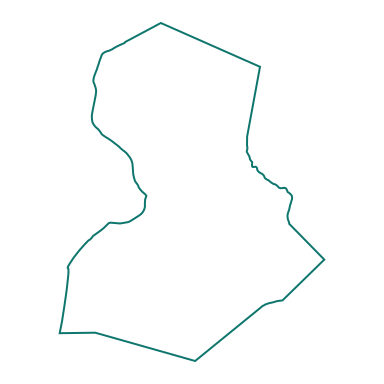 the district of Proteccion, Santa Bárbara, Honduras
{"feature_id": "27666195B44112403281075", "entity_name": "Proteccion", "entity_type": "district", "adm_level": 2, "iso_a3": "HND", "parent_name": "Honduras", "parent_adm1": "Santa Bárbara", "projection": "mercator", "projection_center": [-88.617, 15.083], "detail": "fine", "context": "isolated", "style": "outline", "palette": "teal", "viewbox_px": 384, "rotation_deg": 0, "n_neighbors": 0, "source": "geoboundaries", "source_scale": "gbopen_adm2", "svg_char_len": 5801}
<svg xmlns="http://www.w3.org/2000/svg" viewBox="0 0 384 384"><path d="M66.6,290.4L65.9,295.5L64.1,308.0L63.0,314.9L62.2,320.1L62.1,321.0L61.1,325.9L60.2,330.7L59.7,333.2L95.2,332.7L195.1,361.0L260.3,307.9L262.7,305.9L264.1,305.3L264.7,304.8L266.1,304.2L267.5,303.7L269.1,303.2L270.9,302.8L272.1,302.5L272.8,302.4L274.2,302.0L275.1,301.7L276.0,301.4L277.4,301.1L278.7,300.9L282.5,300.4L324.3,259.6L289.2,223.8L289.2,223.1L289.2,222.9L288.8,221.6L288.6,221.2L288.3,220.4L288.1,219.9L288.0,219.3L287.7,218.4L287.6,217.6L287.6,216.9L287.5,216.1L287.5,215.5L287.6,215.0L287.7,214.6L287.7,214.3L287.9,213.4L288.3,212.2L288.5,211.5L289.0,210.0L289.2,209.5L289.4,208.6L289.7,207.2L289.8,206.6L289.9,205.9L290.1,205.4L290.2,204.7L290.6,203.8L290.8,203.2L291.5,200.7L291.9,199.5L292.0,199.2L292.0,198.8L292.1,198.4L292.1,197.7L292.1,197.3L292.0,196.9L291.9,196.4L291.8,195.9L291.6,195.5L291.3,195.0L291.0,194.6L290.6,194.3L290.2,193.8L289.6,193.4L289.1,192.9L288.8,192.7L288.4,192.5L288.1,192.3L287.9,192.2L287.7,192.0L286.5,189.2L286.4,189.0L286.2,188.8L286.0,188.6L285.8,188.3L285.7,188.2L285.4,188.1L285.1,188.0L284.8,187.9L284.4,187.9L283.9,187.9L283.3,188.0L282.9,188.0L282.1,188.1L281.6,188.2L281.0,188.2L280.5,188.2L280.2,188.1L279.8,188.0L279.5,187.9L279.1,187.7L278.8,187.5L278.5,187.2L277.8,186.4L277.3,185.9L276.7,185.4L276.0,184.8L275.4,184.5L275.0,184.3L274.6,184.2L274.0,184.1L273.8,184.1L273.6,184.0L273.3,183.8L271.9,183.0L270.4,181.9L269.7,181.3L269.0,180.7L268.5,180.3L268.1,180.1L267.4,179.8L266.8,179.5L266.1,179.0L265.6,178.7L265.4,178.6L265.3,178.4L265.1,178.2L264.7,177.6L264.5,177.1L264.2,176.4L264.0,175.9L263.7,175.5L263.5,175.2L262.9,174.6L262.4,174.1L262.1,173.9L261.8,173.7L261.2,173.5L260.8,173.2L260.2,172.9L259.5,172.4L259.0,172.1L258.8,171.9L258.5,171.6L258.0,171.0L257.5,170.3L257.4,170.2L257.3,169.8L257.2,169.6L257.2,169.2L257.2,168.8L257.1,168.5L257.0,168.2L256.9,168.0L256.7,167.6L256.4,167.3L256.2,167.0L256.0,166.9L255.8,166.8L255.2,166.8L254.1,166.8L253.3,167.0L252.9,167.0L252.6,166.9L252.4,166.7L252.2,166.5L252.1,166.2L252.0,165.4L252.0,165.2L252.2,162.5L252.2,162.2L252.1,161.9L251.5,161.4L251.3,161.2L251.1,160.9L250.9,160.6L250.5,160.1L250.1,159.4L250.0,159.1L249.9,158.8L249.8,158.5L249.7,157.9L249.6,157.4L249.3,156.3L249.1,156.0L248.6,155.1L246.9,152.0L246.8,151.8L246.8,151.6L246.8,151.4L246.8,151.2L246.9,150.7L247.0,150.2L247.2,149.8L247.3,149.0L247.3,148.5L247.4,147.4L247.3,147.2L247.3,146.9L247.2,146.6L247.1,145.9L247.0,144.5L247.1,139.7L247.1,136.7L260.0,66.8L160.8,23.0L125.2,42.0L125.0,42.3L124.9,42.5L124.7,42.7L124.6,42.8L124.4,43.0L123.9,43.3L123.2,43.6L121.9,44.1L121.5,44.3L119.1,45.4L116.4,46.7L115.4,47.3L114.2,48.0L113.6,48.3L112.9,48.8L112.6,49.1L112.0,49.4L111.2,49.7L110.2,50.2L109.3,50.6L108.5,50.9L107.2,51.2L106.6,51.4L105.9,51.7L105.2,52.0L104.6,52.3L103.7,52.9L103.3,53.1L103.0,53.4L102.8,53.6L102.5,53.8L102.4,54.1L102.2,54.3L102.0,54.6L101.8,54.9L101.0,57.0L100.3,58.9L99.6,60.8L98.7,63.8L97.3,67.9L96.8,69.5L96.3,70.8L95.3,73.3L94.9,74.4L94.4,75.8L93.9,77.4L93.8,77.9L93.6,78.6L93.5,79.5L93.4,80.1L93.4,80.7L93.4,81.3L93.5,81.8L93.6,82.2L93.8,82.8L94.4,84.1L94.7,85.0L95.0,86.1L95.5,87.4L95.7,88.2L95.9,89.0L96.0,89.8L96.1,90.7L96.1,91.5L96.0,92.6L95.9,93.7L95.8,94.4L95.5,96.3L95.1,98.2L94.7,100.4L93.5,106.3L92.5,111.4L92.3,112.7L92.1,113.7L91.9,115.0L91.9,115.6L91.8,116.5L91.9,117.3L91.9,118.4L92.0,119.5L92.1,120.2L92.3,121.2L92.4,121.8L92.5,122.3L92.7,122.7L92.9,123.0L93.1,123.6L93.3,123.9L93.7,124.5L94.0,125.0L94.3,125.4L94.7,125.9L95.1,126.4L95.6,127.0L96.2,127.5L96.9,128.2L97.7,128.8L98.0,129.1L98.3,129.4L98.8,129.9L99.6,131.0L100.3,131.9L100.7,132.5L101.2,133.3L101.4,133.6L101.6,134.0L102.0,134.4L102.3,134.7L103.1,135.3L103.9,135.8L104.5,136.3L105.9,137.2L107.9,138.4L108.9,139.0L110.3,140.0L111.9,141.1L115.1,143.6L117.8,145.7L119.1,146.7L119.5,147.1L119.9,147.6L120.1,147.8L120.9,148.5L121.7,149.2L122.8,150.2L123.4,150.6L124.5,151.4L125.3,152.1L125.8,152.5L126.2,152.9L126.6,153.3L127.6,154.5L128.8,156.0L129.7,157.2L130.2,158.1L130.7,158.8L130.9,159.3L131.3,160.0L131.5,160.6L131.7,161.1L131.9,161.7L132.1,162.4L132.3,163.0L132.4,163.6L132.5,164.2L132.9,169.3L133.2,173.7L133.3,174.3L133.3,174.8L133.6,175.9L134.0,177.7L134.4,179.0L134.7,180.2L134.9,180.7L135.1,181.1L135.3,181.5L135.6,182.0L135.9,182.4L136.2,182.8L136.7,183.4L137.1,183.9L137.4,184.4L137.6,184.7L137.9,185.2L138.1,185.6L138.5,186.6L138.8,187.4L139.0,187.8L139.3,188.2L139.9,189.0L140.3,189.6L141.1,190.4L141.7,191.2L142.4,191.9L143.0,192.4L144.0,193.2L144.4,193.6L145.1,194.2L145.5,194.6L145.9,195.2L146.2,195.5L146.3,195.7L146.3,195.9L146.2,196.4L145.6,198.1L145.2,199.4L145.1,199.6L145.1,199.9L144.9,203.0L144.9,206.4L144.9,206.8L144.8,207.2L144.7,207.9L144.5,208.5L144.3,209.0L144.0,210.0L143.7,210.5L143.4,211.1L143.1,211.6L142.9,211.9L142.5,212.5L142.1,212.9L141.7,213.4L141.1,214.0L140.5,214.5L140.0,214.9L138.2,216.1L136.5,217.2L133.7,219.0L130.8,220.8L130.3,221.1L129.8,221.4L129.1,221.7L128.3,222.0L128.1,222.1L127.7,222.2L121.1,223.3L120.7,223.4L120.1,223.4L119.6,223.5L119.2,223.4L110.9,222.7L110.5,222.7L110.0,222.8L109.6,222.9L109.4,222.9L109.1,223.0L108.7,223.2L108.4,223.5L108.2,223.7L106.1,225.7L103.8,228.0L102.7,228.9L102.2,229.3L101.1,230.2L99.6,231.3L95.3,234.4L93.3,235.8L93.1,235.9L92.9,236.2L92.7,236.4L92.3,237.0L92.0,237.5L91.7,237.8L91.5,238.1L90.7,238.9L89.9,239.6L89.4,239.9L88.5,240.5L88.1,240.8L87.7,241.2L86.6,242.4L85.7,243.3L82.7,246.6L79.7,250.0L78.4,251.6L76.2,254.4L74.9,256.1L74.3,256.8L73.5,257.9L72.3,259.7L70.5,262.5L69.8,263.5L68.4,265.9L68.2,266.3L68.0,266.8L67.9,267.0L67.8,267.4L67.7,267.6L67.8,267.8L67.8,268.0L68.1,268.4L68.3,268.7L68.3,268.9L68.4,269.2L68.4,270.1L68.5,270.9L68.5,271.7L68.4,273.2L68.3,275.1L67.7,280.6L67.1,286.2L66.6,290.4Z" fill="none" stroke="#0f766e" stroke-width="2"/></svg>